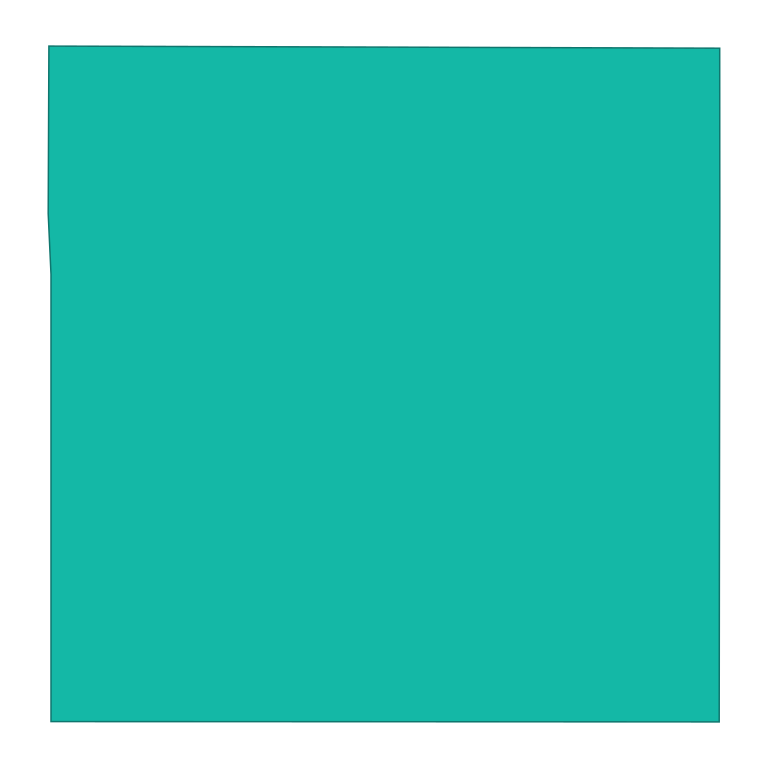 McCook, South Dakota, United States of America
{"feature_id": "52423323B83837312617941", "entity_name": "McCook", "entity_type": "district", "adm_level": 2, "iso_a3": "USA", "parent_name": "United States of America", "parent_adm1": "South Dakota", "projection": "mercator", "projection_center": [-97.372, 43.674], "detail": "fine", "context": "isolated", "style": "filled", "palette": "teal", "viewbox_px": 768, "rotation_deg": 0, "n_neighbors": 0, "source": "geoboundaries", "source_scale": "gbopen_adm2", "svg_char_len": 245}
<svg xmlns="http://www.w3.org/2000/svg" viewBox="0 0 768 768"><path d="M719.2,721.9L719.8,216.6L719.7,48.2L383.4,47.1L48.9,46.1L48.2,213.7L51.0,274.3L51.0,721.6L338.6,721.7L719.2,721.9Z" fill="#14b8a6" stroke="#0f766e" stroke-width="1.5"/></svg>